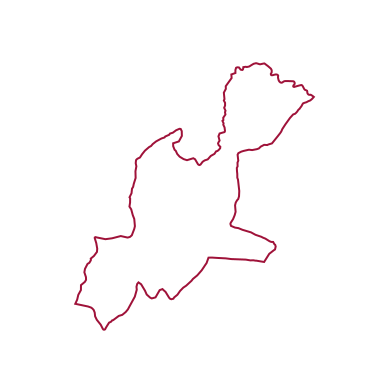 Jalpatagua, Jutiapa, Guatemala, rotated 253°
{"feature_id": "79465075B35053973506085", "entity_name": "Jalpatagua", "entity_type": "district", "adm_level": 2, "iso_a3": "GTM", "parent_name": "Guatemala", "parent_adm1": "Jutiapa", "projection": "orthographic", "projection_center": [-89.986, 14.11], "detail": "fine", "context": "isolated", "style": "outline", "palette": "rose", "viewbox_px": 384, "rotation_deg": 253, "n_neighbors": 0, "source": "geoboundaries", "source_scale": "gbopen_adm2", "svg_char_len": 4546}
<svg xmlns="http://www.w3.org/2000/svg" viewBox="0 0 384 384"><g transform="rotate(253 192 192)"><path d="M205.2,130.7L204.1,131.0L200.0,129.7L196.3,127.9L193.2,128.8L187.2,128.6L183.1,128.9L176.0,127.4L173.6,126.0L168.2,121.8L167.2,119.6L167.2,118.1L167.3,117.0L170.7,111.0L171.1,102.0L172.2,95.4L176.3,87.8L176.8,87.0L177.1,86.4L176.9,85.7L176.3,85.5L171.1,85.5L165.5,84.8L162.5,83.6L159.5,79.5L157.9,75.7L156.6,75.5L155.7,74.7L154.3,73.1L153.8,71.1L149.8,67.2L146.7,65.6L141.6,65.7L139.0,65.0L137.4,63.3L135.4,58.6L130.7,57.1L126.9,53.2L122.6,50.7L119.2,47.7L112.9,59.1L111.0,61.7L109.8,62.6L107.9,63.5L105.2,63.7L101.4,63.0L97.6,63.6L91.8,65.9L87.2,66.7L86.3,67.1L86.0,67.7L86.0,68.3L86.1,68.8L87.0,69.6L88.2,70.9L91.3,74.5L91.6,76.6L92.6,78.2L92.5,79.1L94.9,85.7L94.9,89.4L96.6,93.5L98.5,96.4L100.4,98.3L108.6,106.7L114.7,110.6L117.6,111.2L120.1,112.7L121.2,114.4L118.6,116.4L111.3,118.2L107.2,118.7L103.2,121.1L102.0,122.4L101.9,126.3L107.6,132.4L107.8,135.4L106.8,135.9L104.2,137.5L97.6,139.2L96.2,139.9L95.5,140.9L95.4,143.0L96.4,144.1L98.0,148.0L100.9,151.7L103.1,155.7L104.1,159.0L107.2,165.5L108.6,167.5L110.7,172.6L114.3,178.4L118.8,183.9L119.7,185.1L124.4,188.6L123.3,192.3L121.6,196.8L118.7,204.8L116.4,209.9L111.6,223.7L109.5,227.9L108.8,230.6L107.7,232.8L107.5,233.5L104.0,240.5L110.3,247.8L112.0,252.2L112.4,253.3L112.8,254.6L115.4,256.1L117.2,256.1L118.1,255.5L120.5,255.0L121.1,253.2L122.3,251.7L122.9,251.2L126.0,248.5L127.6,246.5L128.9,245.2L132.5,240.2L136.1,236.7L141.1,229.2L143.9,225.8L145.4,222.7L148.2,219.4L150.3,219.4L151.3,220.1L154.0,223.3L157.3,226.0L160.3,227.9L166.7,229.3L169.2,230.8L171.0,232.8L171.7,234.1L174.1,235.7L179.2,237.5L190.4,239.6L192.4,239.5L196.1,240.6L198.7,241.1L201.9,241.9L203.2,243.1L206.8,244.1L208.4,245.4L214.3,246.5L215.6,247.7L216.2,250.9L216.2,253.4L215.8,258.8L214.5,261.8L214.0,266.6L214.1,268.7L215.3,271.0L216.0,274.8L214.9,277.7L215.1,278.8L215.1,282.7L220.4,290.5L222.5,293.5L223.7,295.0L225.8,296.8L226.3,297.4L229.4,301.1L234.2,307.4L236.6,311.4L236.7,313.5L237.3,314.7L238.2,316.2L239.1,317.2L239.8,318.3L240.1,319.2L240.8,320.0L241.5,321.0L242.1,321.8L242.7,322.4L243.6,323.3L244.3,324.2L244.4,325.5L244.4,327.0L244.4,327.7L244.8,329.6L245.0,331.9L246.0,334.2L247.3,336.3L248.2,335.7L249.0,335.1L249.7,334.5L250.3,333.9L250.5,333.2L250.7,332.5L251.1,331.9L252.1,331.4L252.8,331.3L253.6,331.4L254.5,331.6L255.2,331.6L255.8,331.0L256.2,330.5L256.8,329.8L257.7,329.4L258.4,329.3L259.3,329.1L260.0,329.0L261.0,328.8L261.7,328.5L262.2,328.1L262.4,327.3L262.5,325.7L262.6,321.1L262.6,320.4L263.0,319.8L263.5,319.7L264.3,320.2L264.6,320.7L265.0,321.4L265.7,321.9L266.7,322.1L267.6,321.9L268.1,321.5L268.4,320.9L270.1,316.0L270.9,313.4L270.9,312.2L270.7,311.4L270.4,310.7L270.3,310.2L270.4,309.4L270.9,308.6L271.5,308.2L272.0,307.9L272.6,307.7L273.8,307.5L274.7,307.6L275.4,307.6L276.1,307.7L276.8,307.8L277.3,308.1L278.0,308.4L278.6,308.3L279.1,308.0L279.6,307.3L279.9,306.6L280.0,305.9L280.1,304.7L280.1,303.5L280.2,302.9L280.5,302.1L281.0,301.8L281.9,301.9L282.3,302.3L282.7,302.8L283.4,303.3L284.5,303.6L285.1,303.8L285.9,303.7L286.9,303.5L290.1,301.5L293.7,298.9L293.9,298.2L294.2,294.5L294.5,293.9L295.4,292.6L296.0,291.7L296.4,291.0L296.5,290.5L296.5,289.6L296.6,288.7L296.5,288.2L296.4,287.6L295.6,284.5L295.4,283.9L295.3,283.3L295.4,281.8L295.5,280.9L295.9,280.3L296.1,279.6L296.4,277.6L295.0,277.0L294.2,276.4L294.0,275.7L294.8,274.3L297.4,273.3L298.0,271.7L297.9,270.5L296.0,269.2L293.1,268.3L292.9,264.0L289.4,263.2L283.3,255.2L280.7,254.5L277.7,251.5L271.3,250.2L270.2,249.2L267.6,249.7L265.0,248.9L263.1,247.4L259.9,247.8L258.7,246.9L256.3,246.6L253.9,243.6L251.6,243.0L251.1,241.9L248.5,242.3L247.2,241.6L244.2,242.0L240.7,241.4L239.8,240.6L239.9,235.5L238.0,234.0L237.6,233.6L233.1,233.4L231.6,231.7L230.8,231.1L229.0,231.2L227.0,232.3L225.6,231.7L224.5,230.0L223.8,228.4L223.8,226.9L221.9,224.6L221.0,220.5L218.6,216.6L218.5,213.3L217.8,211.0L215.7,208.1L215.6,207.0L216.2,206.2L217.0,205.8L222.4,204.5L223.9,203.1L223.9,201.3L223.9,196.5L225.9,193.6L229.4,190.5L232.7,189.0L236.2,188.5L237.4,187.7L241.3,187.4L244.1,188.2L244.2,194.2L248.6,198.7L253.2,200.0L255.6,199.6L256.1,198.5L255.7,194.9L254.3,191.0L254.3,188.0L253.4,186.9L252.9,182.6L252.2,181.7L252.1,178.4L250.9,172.5L249.3,168.4L248.0,166.4L247.5,164.1L245.3,159.1L242.7,155.3L240.2,152.3L239.8,149.7L239.5,148.9L239.1,148.1L238.4,147.6L236.0,146.6L232.8,146.3L228.4,144.0L221.9,142.2L216.8,138.7L214.1,137.2L212.7,135.6L208.5,133.8L205.2,130.7Z" fill="none" stroke="#9f1239" stroke-width="2"/></g></svg>